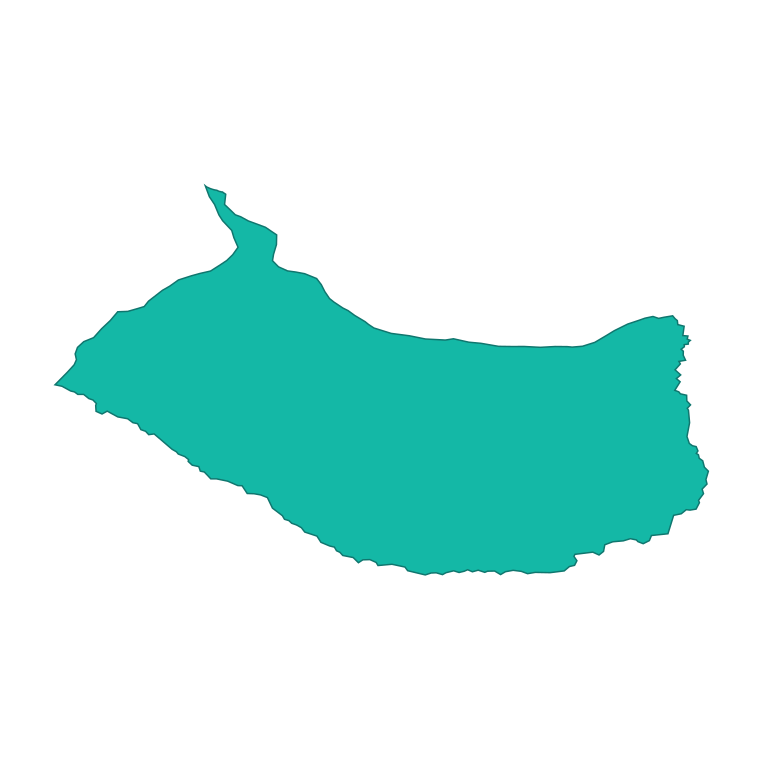 outline of Baney, Bioko Norte, Equatorial Guinea, rotated 93°
{"feature_id": "11065452B68125244133984", "entity_name": "Baney", "entity_type": "district", "adm_level": 2, "iso_a3": "GNQ", "parent_name": "Equatorial Guinea", "parent_adm1": "Bioko Norte", "projection": "equal_earth", "projection_center": [8.855, 3.645], "detail": "fine", "context": "isolated", "style": "filled", "palette": "teal", "viewbox_px": 768, "rotation_deg": 93, "n_neighbors": 0, "source": "geoboundaries", "source_scale": "gbopen_adm2", "svg_char_len": 3151}
<svg xmlns="http://www.w3.org/2000/svg" viewBox="0 0 768 768"><g transform="rotate(93 384 384)"><path d="M195.5,572.8L206.1,568.2L213.6,562.6L223.8,557.7L229.4,553.7L238.6,544.1L245.9,541.5L255.1,536.9L262.9,541.9L269.0,547.6L274.4,554.9L280.3,563.2L283.2,573.5L286.0,581.9L290.9,594.8L297.5,603.1L302.0,610.1L313.6,623.5L319.2,627.5L321.6,634.1L324.9,643.7L325.8,653.7L335.0,660.7L343.7,669.0L352.9,676.4L357.4,686.0L363.5,692.0L370.1,694.0L374.8,692.7L375.8,692.4L381.0,694.4L388.8,700.8L402.0,712.5L403.1,705.5L407.4,696.5L408.1,692.7L410.4,689.2L410.1,683.4L414.0,678.0L415.2,673.8L418.6,670.2L420.5,670.8L426.4,670.1L428.7,664.0L425.6,659.0L430.8,648.1L432.1,638.2L435.8,632.7L436.5,628.0L442.3,624.4L443.7,619.6L446.9,616.3L445.9,610.9L460.3,592.2L462.6,587.7L464.7,585.8L466.9,579.1L469.7,575.2L471.6,575.5L475.1,571.3L476.2,564.6L480.6,562.9L481.3,558.8L487.8,552.0L487.5,546.3L489.2,535.1L493.1,524.6L493.0,520.4L500.5,514.9L500.4,507.9L501.2,501.5L503.5,494.5L513.8,488.9L520.8,478.6L524.3,476.3L525.4,471.8L527.9,468.9L529.3,464.1L531.8,459.0L536.0,455.4L539.4,443.0L545.4,438.7L548.6,429.8L549.5,425.0L553.0,422.7L554.4,419.2L557.4,416.2L558.9,405.7L563.8,400.2L560.7,395.9L560.1,388.9L562.6,382.5L565.6,380.5L563.6,366.6L565.7,353.5L569.2,350.6L572.5,332.8L570.3,327.1L569.8,322.0L571.3,315.6L569.2,312.2L566.9,304.6L568.3,299.2L566.8,294.1L565.1,290.7L566.9,285.9L565.0,280.2L566.8,273.5L565.5,270.7L565.0,263.7L568.2,257.6L565.1,252.9L563.3,245.3L563.9,237.1L565.9,230.7L564.2,223.1L563.7,208.2L561.2,194.2L556.6,189.3L555.1,184.2L550.4,182.1L546.2,185.3L544.1,184.4L541.0,166.7L543.5,160.3L539.7,156.0L533.0,155.1L529.6,147.3L528.1,136.8L525.6,129.9L526.5,123.8L528.1,122.2L529.9,116.8L526.5,110.8L521.3,109.0L518.7,92.6L500.0,87.9L498.0,80.3L493.7,75.6L493.9,71.8L492.6,65.8L486.0,62.8L483.7,63.8L476.8,59.2L472.3,60.8L467.0,56.2L462.6,57.5L454.1,55.5L450.3,59.7L444.0,61.7L441.7,65.3L438.2,66.3L437.0,68.5L434.4,67.0L430.2,69.0L429.5,72.8L427.4,76.0L420.6,78.7L406.7,76.8L394.2,78.6L392.4,79.9L388.8,76.8L385.1,80.7L379.4,81.2L378.3,87.5L376.4,89.2L375.1,93.3L366.3,88.4L363.3,92.3L359.4,88.2L354.6,94.1L348.4,89.1L346.0,90.7L344.5,84.1L339.6,86.7L335.6,86.8L333.7,89.1L331.1,86.0L329.0,86.3L328.2,82.2L326.3,82.3L324.4,80.4L323.3,83.6L320.2,83.0L320.0,88.1L310.6,87.3L309.3,93.7L305.3,94.4L303.6,96.7L300.8,99.3L302.7,107.9L304.1,113.2L302.5,118.9L304.6,126.8L307.2,133.1L311.4,143.8L318.7,156.8L323.9,164.4L331.4,175.7L335.9,187.7L337.3,198.0L337.1,202.9L337.6,214.9L339.2,229.8L339.2,245.8L339.9,258.4L340.4,271.6L338.3,289.2L337.8,301.5L335.2,317.0L336.9,325.0L336.9,344.9L334.5,361.2L333.1,379.4L328.6,397.0L325.3,402.6L322.7,406.2L317.1,416.8L312.6,423.7L310.3,429.0L304.8,438.3L301.5,442.9L294.9,447.9L288.1,451.8L282.2,456.8L278.0,469.0L276.8,478.0L276.1,486.3L272.5,495.5L266.7,501.8L260.3,501.1L250.4,498.7L240.7,499.0L237.7,504.0L233.7,510.6L228.2,528.2L224.5,535.8L222.8,541.4L219.0,545.7L213.1,552.6L202.8,552.0L201.8,553.5L201.7,554.1L200.7,555.2L200.7,556.2L200.1,559.2L199.3,561.0L199.0,563.5L198.4,566.1L197.9,567.8L197.0,570.1L196.5,571.4L195.5,572.8Z" fill="#14b8a6" stroke="#0f766e" stroke-width="1.5"/></g></svg>